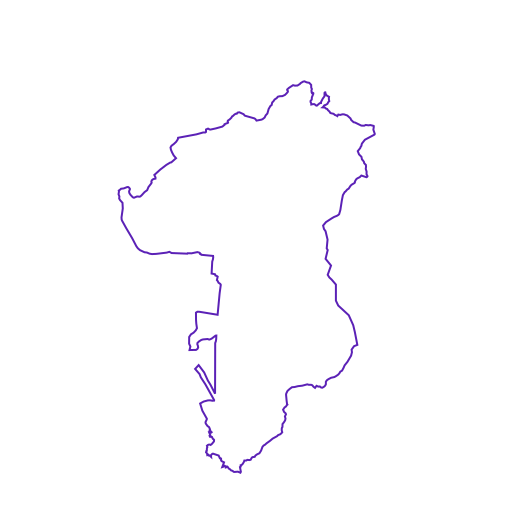 the district of Bunesti, Vâlcea, Romania, rotated 45°
{"feature_id": "2599482B20268372174714", "entity_name": "Bunesti", "entity_type": "district", "adm_level": 2, "iso_a3": "ROU", "parent_name": "Romania", "parent_adm1": "Vâlcea", "projection": "mercator", "projection_center": [24.207, 45.108], "detail": "fine", "context": "isolated", "style": "outline", "palette": "violet", "viewbox_px": 512, "rotation_deg": 45, "n_neighbors": 0, "source": "geoboundaries", "source_scale": "gbopen_adm2", "svg_char_len": 6122}
<svg xmlns="http://www.w3.org/2000/svg" viewBox="0 0 512 512"><g transform="rotate(45 256 256)"><path d="M381.4,429.1L381.9,428.1L382.2,426.5L383.0,426.3L384.1,427.0L384.4,426.4L384.1,425.6L384.3,425.3L385.6,425.2L387.0,425.6L388.3,425.2L390.1,425.2L391.3,424.5L392.8,424.4L393.5,423.9L395.7,421.3L398.2,420.3L397.9,419.3L393.9,416.6L394.1,415.7L393.1,414.8L393.6,413.9L393.6,412.4L393.0,410.0L392.4,408.9L393.7,407.6L394.0,406.3L395.6,405.0L396.3,403.9L395.7,401.9L395.7,400.8L397.1,398.9L396.7,397.6L397.0,395.5L397.9,393.1L397.2,390.0L395.5,386.3L395.4,384.5L395.8,383.2L395.9,381.0L396.6,376.8L396.9,373.3L398.3,368.5L398.3,366.9L399.1,365.2L399.3,363.7L399.2,362.1L397.5,361.1L396.4,360.0L395.8,359.1L395.6,358.2L393.6,356.1L393.3,353.7L392.8,351.6L391.8,350.1L389.9,349.0L389.1,346.7L388.1,346.3L386.1,346.4L383.8,345.5L383.3,342.9L383.6,341.1L383.2,339.7L383.3,338.9L382.6,338.7L380.0,336.7L375.3,332.8L374.6,331.8L374.1,330.3L373.8,329.7L373.7,328.7L373.8,326.4L374.2,323.4L375.9,321.4L377.7,318.4L380.4,315.0L383.0,310.5L384.3,309.8L386.2,308.0L387.2,307.6L389.1,307.8L391.0,307.5L390.6,305.0L392.4,304.3L393.4,303.1L394.6,303.1L395.9,302.4L396.4,301.0L396.6,299.5L396.5,298.5L396.1,297.3L394.4,295.6L394.1,294.6L394.0,293.6L394.3,291.9L395.2,289.0L397.0,286.2L397.5,284.5L398.0,281.8L397.9,280.0L397.4,278.2L397.9,276.2L397.0,273.2L396.0,270.7L395.5,266.2L393.7,259.2L391.9,256.2L389.8,254.6L389.1,250.4L390.5,247.2L379.7,239.9L373.7,236.2L363.5,232.3L349.2,232.9L344.1,231.1L332.7,219.7L326.2,219.2L323.0,219.3L320.0,218.6L315.8,209.7L307.2,208.8L302.5,201.1L300.6,200.6L295.0,193.8L287.7,189.3L284.9,188.8L281.9,187.0L281.5,182.6L282.9,175.9L283.6,173.2L284.8,170.4L285.2,168.7L285.2,167.6L283.1,163.8L277.4,156.0L274.4,151.5L273.5,148.0L273.7,147.3L273.5,144.5L273.9,142.9L273.2,139.5L273.2,138.0L274.0,134.8L274.0,134.2L273.4,133.6L272.9,132.2L272.6,130.6L272.8,129.3L273.6,126.9L273.6,124.6L278.4,122.2L278.6,121.4L278.4,120.7L276.3,120.0L274.5,118.1L272.0,116.8L270.7,115.1L269.3,113.9L267.5,113.9L266.7,113.8L266.0,113.2L264.1,112.8L262.7,112.8L260.4,111.3L257.0,111.3L253.8,109.9L253.4,106.1L252.9,105.0L252.6,103.5L251.8,102.4L251.4,101.6L250.8,96.8L253.9,86.5L253.7,85.7L249.7,83.7L247.9,81.3L247.2,80.8L244.2,82.6L243.2,84.0L240.9,85.8L240.4,87.3L238.3,89.3L231.6,91.6L230.4,92.4L227.0,92.5L225.6,91.9L221.2,92.1L218.1,93.6L216.9,94.7L215.8,96.7L214.2,97.8L214.6,99.6L213.7,99.7L212.0,100.5L210.3,100.6L207.9,102.1L207.0,102.3L206.0,101.9L203.6,102.0L202.5,101.7L201.2,102.3L199.8,102.3L198.0,103.8L198.1,102.5L197.8,101.9L197.8,101.0L198.4,100.0L198.9,97.9L198.3,96.1L198.3,94.7L196.9,93.8L195.7,92.7L195.1,91.8L192.4,92.5L190.6,92.1L189.3,91.3L189.0,91.7L189.1,92.2L191.5,94.6L191.9,97.4L193.0,100.9L193.8,101.9L193.0,102.9L192.7,106.7L192.1,107.1L190.0,107.3L188.9,108.3L188.0,109.8L186.9,108.9L185.6,108.5L184.9,107.7L184.8,106.0L183.3,104.3L181.8,100.7L181.3,100.3L180.5,100.5L180.3,101.2L179.7,101.0L178.2,99.8L177.4,98.4L176.0,97.9L174.0,96.0L171.2,95.9L169.0,97.4L166.8,98.2L166.0,99.4L165.3,102.2L165.4,103.3L164.8,106.1L163.1,108.0L161.4,109.0L160.4,113.9L160.3,116.2L160.7,116.6L161.9,116.8L162.4,117.3L162.6,119.0L162.6,121.6L161.6,124.3L159.7,126.4L158.8,128.0L159.0,129.7L158.5,132.2L158.9,134.2L158.9,136.0L160.3,138.2L160.1,139.7L161.0,143.1L163.3,147.2L163.4,149.7L164.2,152.0L163.9,154.6L163.4,155.8L160.6,159.9L158.8,159.6L157.6,159.8L149.2,164.5L148.6,164.7L147.0,164.5L142.7,166.1L141.7,167.4L141.6,167.7L141.8,169.0L141.0,169.9L140.7,171.5L140.7,173.1L140.4,174.2L140.8,175.6L140.8,177.9L140.4,180.2L140.7,180.8L141.9,181.4L142.0,181.8L140.8,184.4L140.6,185.2L141.0,185.5L140.7,188.3L137.3,194.3L134.4,198.8L133.6,199.4L132.2,199.7L131.9,200.0L131.2,201.9L132.9,203.6L132.8,204.5L131.3,206.0L127.8,212.2L117.3,227.5L118.2,228.8L118.8,231.7L118.7,234.9L118.3,237.8L118.8,239.7L120.7,241.0L123.4,242.1L126.7,243.1L130.3,243.4L129.9,249.7L129.3,250.5L128.2,254.9L127.2,262.4L126.8,270.6L129.4,271.5L130.2,272.4L129.0,274.2L128.8,276.0L129.2,277.1L129.6,277.6L130.2,277.8L130.6,278.6L131.2,283.3L132.5,286.4L132.0,289.6L132.2,293.9L132.1,295.7L131.7,296.4L129.8,298.0L128.5,301.1L127.3,301.6L124.0,301.5L122.1,301.1L120.8,300.3L120.1,299.2L119.8,298.2L119.4,297.7L118.0,297.4L116.7,297.7L116.1,298.5L114.7,301.7L113.0,303.9L113.0,305.2L112.7,306.8L113.6,307.4L115.1,309.5L117.3,310.5L118.6,312.1L120.3,312.6L124.0,312.8L128.2,316.6L133.6,323.8L135.2,325.2L136.2,325.7L144.6,328.1L155.9,331.0L164.5,333.7L167.0,334.1L169.8,333.9L174.5,332.2L176.4,330.7L179.1,329.6L181.1,328.2L184.0,325.0L190.5,316.7L191.8,314.3L194.2,313.6L205.8,302.9L205.7,302.4L208.5,299.7L211.8,294.7L213.6,293.7L214.3,293.6L215.0,294.1L215.9,293.6L216.5,293.8L225.6,286.3L226.6,287.1L227.9,288.8L229.0,290.9L237.0,299.8L239.9,297.9L241.1,298.5L242.2,297.9L243.5,297.7L245.4,300.7L246.7,300.8L248.3,301.4L250.5,301.0L251.5,301.3L256.5,307.9L270.4,324.7L255.5,335.4L254.0,336.8L253.6,338.5L258.9,343.7L261.8,346.2L265.3,348.8L266.0,351.2L266.1,354.3L265.4,357.4L266.0,360.5L270.7,365.3L273.6,366.4L275.5,369.5L280.0,364.8L280.3,363.1L279.8,361.6L278.5,360.6L276.9,359.9L276.1,358.9L276.1,356.7L276.7,354.0L277.5,352.5L280.5,348.9L282.0,348.2L282.6,347.1L283.1,345.6L283.7,340.9L284.2,340.3L286.6,342.9L287.9,344.7L288.7,346.4L324.4,382.3L314.7,379.2L310.0,378.1L301.7,375.0L292.6,373.7L292.8,378.9L299.6,379.4L302.8,380.8L310.8,382.5L328.3,387.5L328.6,387.9L327.5,389.2L325.6,390.5L324.1,392.1L321.9,395.9L320.8,399.8L327.4,403.3L336.3,405.8L336.7,406.3L337.8,409.2L338.9,410.0L341.9,410.5L343.9,410.2L345.8,411.0L346.3,411.8L346.7,411.5L348.0,412.1L349.2,412.0L349.2,412.6L348.8,413.2L347.4,413.2L347.2,413.7L350.6,415.1L350.3,415.9L351.2,416.4L352.8,415.1L354.8,415.8L355.5,415.6L356.4,415.7L357.4,416.9L357.7,420.2L357.5,421.7L357.0,421.8L356.1,422.6L355.6,423.6L355.5,424.9L356.7,425.5L357.1,426.5L359.0,428.6L358.8,429.1L359.6,430.2L360.1,430.1L361.1,430.3L362.3,431.2L362.7,430.3L363.5,430.6L364.1,429.9L366.3,429.8L365.0,428.8L365.0,426.9L365.3,426.2L370.7,423.5L373.5,424.6L374.0,424.0L374.6,424.0L376.0,425.3L376.9,425.3L379.3,424.5L381.4,429.1Z" fill="none" stroke="#5b21b6" stroke-width="2"/></g></svg>